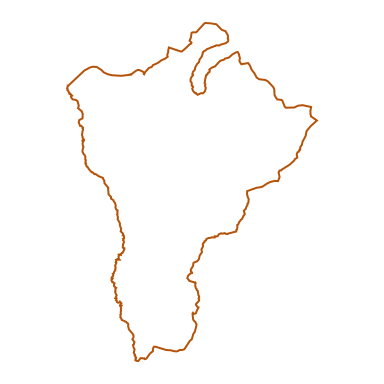 Bukombe, Geita, United Republic of Tanzania (Albers equal-area conic projection)
{"feature_id": "72390352B18842274411831", "entity_name": "Bukombe", "entity_type": "district", "adm_level": 2, "iso_a3": "TZA", "parent_name": "United Republic of Tanzania", "parent_adm1": "Geita", "projection": "albers", "projection_center": [31.534, -3.788], "detail": "fine", "context": "isolated", "style": "outline", "palette": "amber", "viewbox_px": 384, "rotation_deg": 0, "n_neighbors": 0, "source": "geoboundaries", "source_scale": "gbopen_adm2", "svg_char_len": 5896}
<svg xmlns="http://www.w3.org/2000/svg" viewBox="0 0 384 384"><path d="M237.7,52.0L235.9,52.4L232.3,54.5L229.0,57.5L225.0,58.6L223.9,59.7L220.2,60.8L214.9,66.5L212.5,67.3L210.2,68.8L209.3,69.7L209.8,70.7L209.4,72.2L208.3,72.5L207.2,74.6L206.6,74.6L206.1,75.4L205.2,79.2L204.6,83.3L205.4,84.1L205.0,85.9L205.8,87.9L205.1,91.0L204.0,92.4L202.7,93.4L201.2,93.1L197.6,94.8L196.0,93.2L195.8,93.5L194.8,92.8L193.0,90.8L192.2,88.7L193.1,87.1L192.4,85.8L191.7,85.6L191.7,82.7L190.5,81.3L190.7,78.6L191.9,76.4L192.8,75.7L193.0,74.6L192.4,74.2L192.9,71.9L194.9,69.7L195.2,67.4L197.1,64.0L199.0,62.1L199.6,59.4L201.8,56.5L202.8,53.2L202.7,52.4L204.7,50.7L205.3,50.6L207.1,49.0L209.3,48.3L211.3,47.2L212.2,47.2L214.2,46.2L215.5,46.0L216.2,45.3L219.2,45.5L220.5,44.7L225.9,43.1L228.0,41.5L228.3,40.1L228.2,39.3L227.7,38.6L228.0,36.2L227.8,35.1L225.4,31.1L222.4,30.1L221.2,29.3L216.4,24.3L210.4,23.3L205.2,23.0L204.3,23.5L196.6,31.9L196.0,32.3L192.6,32.3L191.6,32.8L190.9,37.5L189.6,40.7L191.5,42.6L191.1,43.6L189.7,44.3L184.7,49.1L181.9,51.4L180.8,51.5L168.9,47.5L168.2,50.5L168.2,52.0L167.4,54.4L167.3,55.7L167.7,56.7L165.0,58.7L161.2,60.4L157.6,63.1L153.0,65.1L151.7,67.0L149.0,67.9L145.1,72.1L144.2,74.3L143.8,74.1L143.7,72.6L143.0,71.7L139.5,70.1L137.8,69.9L135.8,70.9L131.7,74.0L129.5,74.6L129.8,74.8L121.4,75.8L112.4,75.3L107.9,74.3L103.8,72.4L101.2,69.8L97.1,67.2L94.9,66.8L92.2,66.8L89.6,67.7L84.5,70.4L68.6,85.4L67.8,85.6L68.0,86.2L67.4,87.1L67.1,88.7L67.7,89.1L67.4,90.1L68.6,91.4L68.6,92.1L69.2,93.0L70.0,93.4L69.7,94.0L70.7,94.3L72.1,95.7L70.9,96.3L71.3,97.7L72.7,99.4L75.8,99.9L77.5,101.1L78.7,105.4L78.7,106.3L78.0,108.1L81.8,111.4L82.7,113.8L82.6,117.9L82.2,118.6L79.4,119.9L78.7,122.3L80.1,125.9L81.2,125.8L82.9,127.6L82.5,128.2L83.0,128.8L83.0,129.9L82.6,130.6L82.0,135.2L82.7,136.9L82.5,137.7L84.1,139.9L84.0,140.4L82.5,140.4L82.4,140.8L83.1,141.6L82.6,143.3L82.9,145.9L83.5,146.8L82.6,149.7L82.5,151.7L83.7,154.2L84.7,155.1L85.4,156.8L85.3,159.7L85.9,160.3L85.3,162.1L86.0,163.3L85.5,163.9L86.4,165.3L86.6,166.5L87.5,166.9L89.1,169.4L91.7,172.3L92.5,172.2L94.5,174.2L95.6,174.0L98.5,176.1L102.9,177.9L103.3,179.3L104.2,180.4L104.5,183.2L108.3,187.8L108.1,188.8L108.6,194.5L111.0,196.9L111.0,198.6L113.3,200.1L113.7,201.2L114.9,202.7L115.8,205.7L115.4,207.2L115.8,208.4L116.2,209.5L117.6,210.4L117.3,211.6L117.6,212.1L117.3,212.7L117.5,214.0L117.1,214.4L118.0,217.3L117.6,219.1L119.9,223.3L119.8,225.1L121.2,229.0L120.7,231.4L122.9,233.4L123.2,234.8L122.9,235.3L123.7,235.5L123.9,236.0L124.0,238.3L123.2,238.8L123.5,239.3L123.0,240.1L123.7,240.9L123.9,242.5L123.0,244.4L122.8,247.6L124.2,248.2L123.8,248.6L124.3,249.6L122.4,253.1L121.6,253.2L120.8,254.0L120.9,254.9L119.4,254.4L118.6,254.6L119.0,255.7L118.6,256.4L118.7,258.7L119.5,259.7L118.0,259.7L117.3,259.1L116.5,259.8L116.0,259.9L116.3,261.0L115.7,262.2L116.4,262.9L115.1,265.7L115.7,267.9L115.1,269.1L115.4,270.0L114.1,271.9L114.0,272.9L112.8,274.0L113.3,274.7L113.1,275.9L112.8,276.7L112.2,276.8L111.5,277.8L111.7,278.5L112.5,278.8L111.4,280.0L112.2,282.0L113.2,282.2L113.3,282.7L114.5,283.2L113.9,285.4L114.1,286.3L116.2,287.9L115.3,288.9L115.6,291.0L115.1,291.5L115.6,293.5L116.7,295.3L115.3,298.2L116.5,298.4L116.2,299.3L116.5,299.9L116.1,300.3L116.8,301.0L116.9,302.0L118.1,302.7L119.1,302.6L119.9,301.6L121.4,303.3L119.9,305.4L120.2,306.0L121.4,305.9L120.7,307.0L121.1,308.5L120.8,309.4L121.1,310.8L120.7,311.9L120.9,313.9L120.3,314.8L120.6,315.7L120.3,317.2L121.1,318.1L121.6,319.8L126.3,322.0L126.7,322.7L128.0,323.5L128.3,324.1L128.1,326.0L128.9,329.4L132.9,334.1L133.6,335.9L133.5,337.2L132.4,339.4L134.5,342.1L134.0,343.2L134.0,344.2L133.0,345.0L133.6,347.6L134.6,349.3L133.7,352.8L135.2,355.1L135.1,355.3L134.7,355.1L134.6,355.4L136.0,357.4L135.5,358.1L136.0,358.9L135.3,360.0L136.4,360.9L138.3,361.0L140.5,358.2L142.5,358.2L143.0,358.5L144.2,358.3L144.7,359.1L146.4,358.6L150.0,353.5L152.9,351.2L152.9,349.0L153.8,346.8L155.5,346.7L166.2,350.0L170.9,350.3L174.0,351.2L176.7,351.4L178.3,350.9L179.5,350.0L182.1,350.0L184.4,349.2L189.8,340.9L191.8,339.2L193.3,334.0L194.8,331.9L196.6,324.7L195.3,321.9L193.7,320.5L193.1,319.2L192.5,313.6L193.0,312.8L193.9,313.9L195.0,313.7L196.1,313.0L196.5,311.3L198.5,307.4L197.6,307.0L195.9,304.8L196.2,303.7L198.6,301.3L199.2,300.0L198.5,298.6L199.2,297.5L199.0,296.2L198.4,295.1L197.8,290.9L196.8,290.1L196.7,289.1L195.9,288.3L195.2,285.7L195.6,282.8L195.1,282.3L194.5,282.7L193.5,282.1L189.4,280.9L187.3,278.1L188.3,275.4L190.5,273.4L192.0,273.1L192.1,272.5L190.9,271.3L190.8,269.6L193.2,265.7L193.2,264.0L193.6,262.7L197.0,261.4L198.7,259.6L199.8,255.3L202.0,252.2L201.4,249.5L202.9,246.6L203.1,245.6L202.7,244.7L203.3,243.1L204.3,242.4L204.5,241.2L206.0,240.3L206.4,239.0L208.6,238.0L210.2,237.9L211.6,237.4L214.7,237.4L214.7,236.3L217.0,236.4L218.0,235.8L218.7,234.4L221.0,233.3L222.4,233.7L224.7,233.1L225.6,233.8L227.4,234.1L228.4,233.5L236.2,231.5L236.4,229.9L237.0,229.5L237.4,227.2L237.2,225.1L238.2,224.5L239.0,222.4L241.0,219.7L242.1,218.9L243.4,216.0L244.8,214.2L243.8,210.8L245.9,208.6L246.2,207.2L247.5,204.9L247.4,203.8L248.2,203.1L248.4,202.3L248.7,199.1L247.6,196.7L247.0,193.5L247.2,191.1L256.5,187.8L261.1,187.1L262.7,186.5L267.0,183.6L270.2,182.0L274.6,180.9L278.0,181.1L279.6,177.0L278.6,172.4L279.6,170.5L281.3,170.4L281.6,169.7L289.8,164.6L294.4,160.3L294.7,159.3L297.3,157.6L296.7,154.6L296.9,153.6L297.6,152.2L298.7,151.8L299.5,149.8L300.0,150.0L300.2,149.6L300.3,147.1L301.9,144.8L302.5,141.8L305.6,136.0L306.6,131.0L310.7,126.1L316.9,120.5L311.0,116.4L310.5,113.9L310.4,111.0L311.1,107.0L302.6,105.2L298.0,105.7L294.4,107.5L285.9,107.7L284.8,106.8L282.3,100.5L281.5,99.9L277.2,99.4L275.5,96.8L274.5,94.9L274.3,89.5L273.4,87.3L269.5,83.0L267.9,81.4L265.4,80.0L259.1,79.2L256.7,77.6L254.3,73.1L251.6,69.7L249.9,65.5L248.2,63.1L241.3,64.2L239.8,61.9L239.4,60.7L239.9,58.4L239.6,57.1L238.9,54.1L237.7,52.0Z" fill="none" stroke="#b45309" stroke-width="2"/></svg>